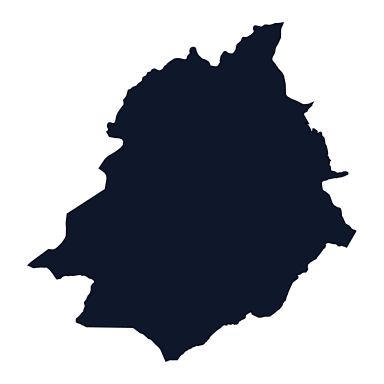 Tlaxco, Puebla, Mexico (orthographic projection)
{"feature_id": "50627088B52665331033665", "entity_name": "Tlaxco", "entity_type": "district", "adm_level": 2, "iso_a3": "MEX", "parent_name": "Mexico", "parent_adm1": "Puebla", "projection": "orthographic", "projection_center": [-98.045, 20.402], "detail": "fine", "context": "isolated", "style": "filled", "palette": "ink", "viewbox_px": 384, "rotation_deg": 0, "n_neighbors": 0, "source": "geoboundaries", "source_scale": "gbopen_adm2", "svg_char_len": 5915}
<svg xmlns="http://www.w3.org/2000/svg" viewBox="0 0 384 384"><path d="M48.5,249.8L30.8,262.9L28.4,265.2L30.1,265.7L32.5,267.1L34.1,267.5L36.8,267.0L38.0,267.1L40.5,266.7L44.3,267.0L46.3,266.7L47.2,267.1L50.2,269.5L53.3,273.5L56.2,277.9L57.1,278.8L57.8,278.4L59.9,278.3L60.2,277.7L60.7,277.8L61.2,277.4L61.6,276.6L62.5,276.3L62.8,275.6L64.0,275.6L65.6,275.1L68.9,275.5L70.8,274.9L72.9,275.4L74.7,275.1L75.5,274.7L77.1,274.7L77.7,274.4L80.7,274.4L82.1,275.1L84.4,274.9L86.7,275.8L87.5,276.6L88.3,276.9L89.4,277.9L91.4,278.1L94.1,280.0L95.3,282.3L92.4,284.7L92.2,285.6L91.4,286.3L91.5,287.0L91.4,290.6L90.4,293.5L89.4,295.0L88.3,296.0L86.7,299.9L85.0,301.9L84.6,303.0L85.2,304.4L85.5,306.5L84.1,309.9L84.0,311.2L83.6,312.1L82.3,313.1L78.8,317.3L77.1,318.4L76.5,319.5L76.4,320.6L76.5,321.7L76.9,322.1L80.9,323.5L82.1,324.5L83.5,324.8L86.5,326.5L133.4,327.2L140.0,332.3L142.9,333.4L144.2,334.2L145.5,335.5L147.1,336.7L148.0,337.8L148.8,338.3L151.4,339.1L152.1,340.1L153.0,340.7L155.8,343.9L159.2,346.9L161.2,349.6L166.0,361.0L169.6,359.5L177.2,359.5L179.1,356.6L181.2,354.2L181.8,354.0L182.1,353.6L182.5,353.7L183.2,353.0L184.5,351.3L185.7,350.5L186.6,350.2L188.2,348.9L188.9,348.6L189.8,348.5L191.3,347.6L191.7,347.1L195.2,345.8L195.8,345.3L196.7,345.1L198.0,345.3L201.3,344.5L202.7,344.3L203.0,343.9L203.9,343.4L205.3,341.7L206.1,341.2L206.4,340.5L208.7,338.3L209.3,336.7L212.1,333.9L216.1,330.3L218.8,328.2L219.5,328.0L220.5,327.2L221.1,326.4L223.4,324.7L223.9,324.4L226.7,324.8L227.1,323.9L228.9,323.7L230.7,324.1L232.8,323.2L233.9,323.6L234.4,324.0L235.0,323.7L236.1,324.0L237.1,323.6L237.9,322.9L238.4,321.6L239.1,320.8L240.0,320.5L240.9,319.7L244.3,318.2L245.0,317.6L245.0,316.3L245.6,314.5L248.8,312.4L250.6,311.6L251.7,311.6L252.3,313.9L258.8,317.0L260.9,317.0L264.5,316.0L268.6,316.0L269.7,315.8L273.9,312.8L277.3,309.9L279.2,308.6L282.0,305.0L282.3,303.6L283.6,301.3L285.3,300.0L285.5,298.5L286.4,295.5L287.2,294.2L287.8,291.8L292.0,282.6L292.9,281.6L297.3,278.3L297.8,277.1L297.7,276.7L296.7,276.2L296.9,275.1L298.4,274.2L300.2,273.9L301.7,272.6L303.1,272.0L304.0,271.8L305.5,271.9L306.0,271.5L307.2,269.8L307.5,269.0L307.1,268.1L307.0,266.8L307.2,264.4L310.1,261.7L312.7,260.3L313.9,259.4L315.1,258.9L316.0,258.1L316.8,256.7L318.6,254.6L322.5,249.4L322.9,248.5L324.2,247.8L324.7,247.2L325.2,245.8L324.9,244.3L325.7,243.2L327.3,242.3L330.2,242.4L330.9,242.9L332.2,242.9L332.9,243.4L335.5,243.4L336.4,243.8L337.5,244.4L338.1,245.4L339.0,245.7L339.9,245.7L340.9,245.0L342.5,245.1L342.8,245.2L343.1,245.7L344.5,245.9L346.5,246.9L355.6,231.1L354.7,230.4L353.5,230.5L351.3,229.1L349.2,226.4L346.4,224.8L345.2,223.9L344.6,223.1L343.8,221.0L343.2,220.6L343.0,218.9L341.3,216.1L340.9,211.0L340.0,208.7L339.4,208.3L337.2,207.9L333.7,205.7L332.7,204.5L331.9,203.1L329.1,195.4L326.0,192.7L322.8,190.7L322.1,189.7L321.3,185.4L321.2,182.8L321.5,181.7L322.4,180.9L323.7,180.2L326.9,179.6L327.7,178.8L332.5,177.8L335.8,177.3L336.5,177.5L337.0,177.2L341.5,176.5L344.5,175.5L347.7,173.9L347.6,172.7L346.0,172.0L343.8,172.1L342.6,172.5L341.4,173.2L339.8,172.9L338.6,173.4L337.4,173.4L336.3,173.1L334.5,171.9L332.1,171.5L330.4,170.7L330.1,166.5L329.8,166.2L328.7,165.7L329.2,163.1L329.1,162.6L329.3,161.4L330.2,160.5L328.6,158.8L328.3,157.4L327.7,156.5L326.4,156.1L326.6,155.4L327.4,154.5L327.4,152.1L326.2,146.7L325.7,145.5L324.7,144.2L324.5,141.7L323.9,138.4L323.1,137.3L322.0,136.4L321.6,135.5L321.4,133.4L320.9,132.6L320.4,132.4L319.6,132.6L318.4,133.6L317.8,133.7L316.8,133.5L316.6,132.9L317.0,131.9L316.7,131.1L314.1,129.1L313.2,129.0L313.0,129.6L313.1,130.4L312.9,131.1L311.6,132.0L310.7,132.1L310.5,131.7L310.6,130.2L308.5,126.4L307.7,125.4L305.0,123.7L308.3,123.5L302.8,114.0L304.6,112.1L306.7,111.2L307.4,109.5L309.3,107.3L311.5,105.3L311.8,104.1L312.6,102.8L309.1,104.4L304.8,104.9L302.9,104.9L296.8,101.6L291.3,99.5L287.4,97.2L285.3,95.0L285.0,84.2L283.3,75.9L281.8,73.1L277.8,68.8L277.1,67.5L275.6,65.7L275.1,64.5L272.2,61.2L271.5,59.3L271.9,57.3L272.6,55.6L274.3,52.7L275.1,47.9L275.8,46.2L277.4,43.8L280.3,37.5L280.3,31.5L280.6,28.8L281.2,26.8L282.3,24.8L282.9,23.0L278.7,23.7L275.0,23.8L272.6,24.9L269.8,25.5L267.9,25.5L266.7,25.2L264.8,25.3L262.4,27.0L261.5,27.3L260.4,27.3L259.4,26.7L257.0,26.4L255.8,26.0L254.5,26.3L253.8,27.5L253.8,29.4L254.5,30.6L254.6,31.4L253.5,33.3L250.7,35.6L247.4,37.5L246.1,37.9L243.7,37.5L242.9,37.8L242.3,38.6L242.0,39.9L241.1,41.6L237.5,44.6L236.8,46.3L236.3,49.8L233.4,53.8L232.0,54.2L229.9,54.1L227.5,53.3L225.8,51.8L224.8,51.7L223.9,52.4L221.8,55.4L221.0,57.0L221.0,58.6L220.3,60.8L221.1,61.8L219.8,63.7L219.3,64.8L217.8,66.8L216.9,67.0L215.3,67.0L212.4,66.7L210.0,65.9L208.7,62.7L207.8,61.7L204.7,60.0L202.0,59.3L198.5,56.0L197.5,54.7L196.7,53.1L196.0,51.4L195.3,48.6L194.6,47.7L193.7,47.5L192.2,47.6L191.3,48.2L190.5,49.1L190.0,51.4L190.3,52.2L191.1,52.6L190.9,53.4L189.9,54.0L188.5,55.5L187.8,56.5L187.4,58.5L186.7,59.6L185.3,60.0L184.2,60.0L179.7,58.9L176.7,58.8L175.1,59.1L173.7,59.7L169.6,62.4L167.2,64.5L166.8,65.8L165.4,66.0L164.3,67.3L163.4,69.0L162.6,69.7L160.4,71.0L159.1,71.1L157.4,70.6L155.0,69.3L154.0,69.2L153.0,69.6L152.1,70.1L151.4,71.7L150.1,72.4L148.1,72.7L146.7,75.6L145.3,76.6L143.6,77.4L143.1,77.9L142.5,81.1L140.9,82.4L138.4,84.1L136.9,86.1L133.1,87.5L131.8,88.6L131.0,89.4L130.3,89.9L128.8,90.1L128.4,90.6L127.0,95.9L125.6,98.1L124.2,99.5L123.8,100.2L124.4,103.1L124.0,105.4L122.7,106.6L118.6,112.4L117.1,115.4L115.8,121.8L115.0,122.9L114.0,123.7L113.1,123.9L111.0,123.2L109.7,123.0L108.7,123.2L107.8,124.7L107.6,126.0L107.8,127.0L108.7,128.4L108.9,129.4L108.5,130.6L107.7,131.4L107.0,131.8L109.5,136.2L115.3,137.3L119.1,137.6L122.1,138.5L124.0,140.9L123.5,145.4L121.2,148.1L117.2,151.2L113.2,153.9L108.5,156.5L105.3,159.5L99.4,168.2L104.9,172.2L106.9,175.2L107.2,178.9L105.4,189.5L67.4,214.1L66.4,222.8L66.7,228.6L66.5,236.0L65.3,238.6L62.5,242.9L58.0,247.4L55.8,249.2L53.2,250.2L48.5,249.8Z" fill="#0f172a" stroke="#020617" stroke-width="1.5"/></svg>